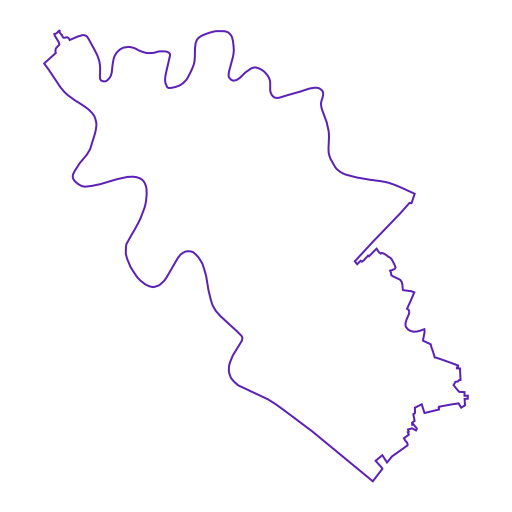 the district of An Lao, Hải Phòng, Vietnam
{"feature_id": "81297802B65658789050233", "entity_name": "An Lao", "entity_type": "district", "adm_level": 2, "iso_a3": "VNM", "parent_name": "Vietnam", "parent_adm1": "Hải Phòng", "projection": "natural_earth1", "projection_center": [106.554, 20.797], "detail": "fine", "context": "isolated", "style": "outline", "palette": "violet", "viewbox_px": 512, "rotation_deg": 0, "n_neighbors": 0, "source": "geoboundaries", "source_scale": "gbopen_adm2", "svg_char_len": 5824}
<svg xmlns="http://www.w3.org/2000/svg" viewBox="0 0 512 512"><path d="M227.8,32.2L226.3,31.7L225.3,31.4L224.0,31.2L217.0,31.1L214.5,31.4L211.2,32.2L205.7,34.0L201.7,35.7L199.5,37.1L198.1,38.3L196.9,39.9L196.0,42.2L195.5,43.8L195.3,45.6L195.0,48.3L194.9,54.1L194.7,59.2L194.5,61.3L194.0,63.8L193.1,66.4L191.1,71.1L187.9,77.4L186.4,79.7L184.8,81.5L183.0,83.2L180.4,85.0L178.8,85.8L175.5,87.0L171.2,87.9L169.7,88.0L168.4,87.9L167.5,87.4L166.8,86.4L165.4,82.9L165.1,81.2L165.1,78.7L165.6,74.7L168.6,61.7L169.9,55.9L170.0,54.8L169.8,53.7L169.2,53.0L168.0,52.2L166.6,51.6L163.8,51.3L159.9,51.3L157.3,51.8L154.1,52.8L151.2,53.0L148.5,53.1L146.2,52.9L144.0,52.3L141.1,51.4L138.4,50.2L136.3,49.0L134.6,48.2L132.6,47.6L130.8,47.2L128.7,46.9L126.4,47.2L123.7,47.6L121.4,48.6L119.7,49.7L118.0,51.2L116.1,53.4L114.5,56.3L113.8,58.3L113.2,61.0L112.7,64.0L112.3,67.1L111.7,72.8L111.2,74.5L110.7,76.0L110.0,77.3L109.0,78.5L107.2,80.4L106.0,81.1L105.0,81.4L103.2,81.3L102.0,80.9L101.3,80.6L100.5,79.7L100.1,78.8L100.0,77.9L99.9,75.7L100.1,72.8L100.1,67.7L99.9,64.8L99.4,61.6L98.6,58.9L97.3,55.3L95.1,50.9L93.3,47.5L90.6,42.7L88.5,38.7L87.0,36.6L86.0,35.8L84.7,35.3L83.6,35.1L82.2,35.2L80.0,35.9L78.3,36.3L69.7,40.0L68.8,38.4L68.2,37.8L67.7,37.4L67.2,37.3L66.7,37.3L66.0,37.3L65.1,37.7L64.4,37.8L63.9,37.8L63.4,37.6L62.9,37.2L62.6,36.8L62.4,36.3L62.2,35.3L61.2,34.6L60.8,33.9L60.3,33.3L59.7,32.7L59.5,32.1L59.5,31.7L59.7,31.0L59.7,30.8L59.6,30.7L59.2,30.7L58.3,31.4L57.0,32.8L56.3,33.4L55.4,33.8L54.4,33.9L54.7,35.5L58.8,42.3L59.4,44.6L56.6,47.5L55.8,48.6L55.5,50.0L55.5,51.7L55.8,53.0L44.2,63.4L44.4,63.9L48.8,69.8L60.6,87.5L64.3,91.9L67.7,95.1L75.3,100.6L79.6,103.2L85.7,107.3L88.7,109.6L92.1,113.0L94.4,116.3L95.5,119.4L96.3,122.9L96.4,125.3L95.9,129.3L95.0,133.5L90.1,149.2L86.9,154.6L79.6,163.3L74.6,171.2L73.2,174.0L72.8,175.8L72.8,177.2L73.3,179.0L74.5,180.8L76.1,182.4L78.1,184.0L81.5,186.0L85.0,186.7L91.8,185.9L100.5,184.1L116.6,179.3L127.6,176.9L133.1,176.7L136.6,177.2L139.6,178.2L141.4,179.1L143.3,180.9L144.7,183.0L145.4,184.7L146.2,187.0L146.5,189.2L146.7,194.3L146.0,201.1L145.3,204.9L144.5,207.8L140.5,218.4L138.2,223.1L134.9,229.2L130.9,236.0L128.7,240.0L126.4,244.1L125.9,247.6L125.8,253.7L127.0,258.5L130.6,267.1L132.5,270.2L136.6,276.4L138.4,278.5L140.4,280.6L142.7,282.3L144.7,284.0L146.3,284.9L149.2,286.2L152.5,287.1L154.5,286.9L156.9,286.1L158.9,285.4L160.6,284.1L164.1,280.9L166.6,277.4L177.7,258.2L180.5,254.6L183.0,252.8L185.4,251.6L188.5,251.2L190.7,251.4L193.3,252.3L196.3,255.0L198.5,257.4L200.3,260.1L202.4,263.7L204.2,269.2L205.5,273.7L206.3,276.9L208.4,289.8L210.7,299.3L212.2,304.3L213.4,306.8L215.9,311.0L220.7,316.4L237.2,331.5L241.6,336.0L242.3,337.4L242.3,339.0L241.7,341.0L232.8,355.5L230.1,362.1L229.3,364.8L229.0,367.3L228.8,370.4L229.1,372.7L229.8,374.9L230.9,377.9L233.4,381.0L235.3,382.8L238.3,385.4L267.9,399.3L275.8,404.3L283.3,409.7L312.0,431.2L372.8,481.3L382.4,468.8L381.8,467.7L375.6,460.8L382.3,455.2L387.0,462.5L392.0,456.4L407.6,445.3L407.5,444.0L407.2,443.0L406.9,442.3L406.1,441.7L405.7,441.2L404.5,439.2L403.9,438.2L408.8,434.7L407.8,432.2L408.7,431.8L408.0,429.5L411.9,428.4L412.9,428.8L416.0,430.4L416.7,429.1L416.7,428.2L415.1,426.4L413.4,424.3L412.2,424.8L412.1,422.6L412.7,422.3L414.6,420.9L413.3,414.1L414.3,413.7L415.0,412.9L414.9,407.7L421.7,404.3L424.5,413.0L439.0,409.5L438.7,407.7L439.2,407.5L439.1,406.7L451.6,404.4L458.6,403.4L461.2,407.7L465.0,405.3L464.6,398.9L467.8,398.7L467.8,395.7L464.5,395.8L464.5,392.1L459.2,391.9L456.1,388.3L453.6,385.1L455.4,381.9L456.0,381.7L457.5,381.7L457.8,381.5L459.0,380.1L460.5,380.0L460.0,368.5L456.9,368.4L456.8,368.1L456.9,367.6L457.1,367.3L457.5,367.3L457.9,367.0L458.1,366.5L458.1,365.5L443.9,360.3L436.2,357.7L434.7,357.5L433.2,352.2L431.4,347.1L430.7,344.3L422.9,340.6L424.4,333.1L424.6,331.5L424.6,331.0L424.3,329.2L419.0,331.1L416.8,331.5L414.9,331.7L413.3,331.6L411.7,331.3L410.2,330.8L408.0,329.4L406.2,327.3L405.7,326.1L405.5,325.2L405.5,324.1L405.6,322.9L406.3,320.2L409.0,313.9L409.2,312.4L409.2,311.5L408.9,310.5L408.5,309.8L407.0,308.8L410.6,301.0L414.3,292.3L411.1,291.2L408.5,290.9L403.1,290.1L402.8,289.5L402.3,284.0L401.9,282.6L401.3,281.3L400.9,281.0L400.6,280.2L399.9,279.6L392.9,276.3L392.3,275.9L391.2,275.0L391.1,273.1L390.1,270.6L392.5,270.0L394.9,268.7L395.5,267.5L395.1,266.2L394.2,264.1L392.8,261.3L391.4,258.9L390.2,257.7L388.5,256.8L385.0,254.2L382.6,253.1L381.8,253.0L380.7,253.6L379.5,252.8L377.9,250.8L376.6,248.7L368.9,256.3L368.1,255.6L363.9,260.2L361.9,261.7L360.6,260.8L357.2,264.2L354.8,261.3L373.9,240.7L400.0,213.6L409.5,202.9L411.5,203.2L413.6,197.0L414.7,193.8L401.9,187.9L394.8,184.9L388.7,182.8L385.4,182.0L379.7,181.0L370.2,179.8L356.8,177.5L345.7,174.6L342.9,173.4L340.4,172.0L337.0,169.3L335.9,168.1L334.8,166.5L330.5,158.8L329.4,155.8L329.0,154.1L328.7,152.7L328.6,151.2L328.5,149.6L328.6,146.2L329.0,137.2L328.9,133.8L328.6,130.9L328.1,128.5L327.6,126.5L326.9,123.0L325.6,119.3L322.2,110.1L321.5,107.7L321.2,105.8L321.0,104.0L321.1,102.6L321.4,101.3L322.6,97.4L322.9,96.1L323.1,94.8L323.1,93.4L323.0,92.3L322.7,91.5L322.1,90.5L320.0,88.8L318.6,88.1L316.9,87.8L315.1,87.7L310.7,88.3L308.4,88.9L300.2,91.6L286.4,95.5L279.6,97.6L278.0,97.9L276.4,97.9L274.5,97.5L273.6,96.9L272.8,96.2L271.9,95.1L271.2,93.8L270.6,92.3L270.2,90.6L270.2,83.8L270.1,81.6L269.8,80.2L269.2,78.5L268.5,77.0L267.5,75.4L265.8,73.4L264.3,71.7L261.8,69.9L259.4,68.6L257.2,67.8L255.3,67.4L254.2,67.5L252.4,67.9L250.6,68.8L245.6,72.3L244.6,73.2L240.1,77.6L239.1,78.4L237.9,79.2L236.9,79.8L235.9,80.2L233.6,80.6L232.6,80.5L231.4,79.9L229.7,78.3L229.1,77.4L228.7,76.4L228.6,75.2L228.7,73.4L229.3,70.5L233.0,56.8L233.3,55.0L233.6,52.9L233.8,50.3L233.7,48.3L233.6,46.6L233.3,43.7L232.9,40.8L232.5,39.1L232.1,37.5L231.6,36.3L230.9,35.2L230.1,34.2L229.0,33.1L227.8,32.2Z" fill="none" stroke="#5b21b6" stroke-width="2"/></svg>